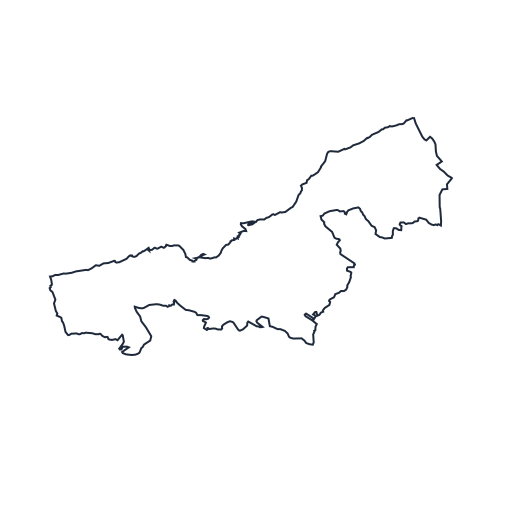 Toliary-II, Atsimo-Andrefana, Madagascar (Natural Earth projection), rotated 77°
{"feature_id": "10022922B75767771564463", "entity_name": "Toliary-II", "entity_type": "district", "adm_level": 2, "iso_a3": "MDG", "parent_name": "Madagascar", "parent_adm1": "Atsimo-Andrefana", "projection": "natural_earth1", "projection_center": [43.811, -23.281], "detail": "fine", "context": "isolated", "style": "outline", "palette": "slate", "viewbox_px": 512, "rotation_deg": 77, "n_neighbors": 0, "source": "geoboundaries", "source_scale": "gbopen_adm2", "svg_char_len": 6100}
<svg xmlns="http://www.w3.org/2000/svg" viewBox="0 0 512 512"><g transform="rotate(77 256 256)"><path d="M236.9,278.0L238.6,280.3L238.5,282.7L241.0,286.6L242.8,288.3L245.1,289.7L247.2,292.3L248.4,295.3L248.0,296.9L248.3,300.0L248.1,301.6L247.2,302.8L246.6,306.3L244.6,311.1L244.2,311.4L244.0,309.1L243.2,308.4L242.9,305.9L242.1,306.9L242.5,309.0L244.6,312.1L244.5,315.7L245.4,314.3L246.4,315.0L247.0,317.4L247.5,317.4L247.1,319.2L246.0,319.4L245.0,321.3L241.9,323.3L241.3,324.5L238.1,324.4L233.8,325.4L228.8,328.5L228.1,329.7L227.2,333.6L227.4,335.6L226.9,337.6L224.4,341.5L224.8,341.1L226.2,341.6L227.3,343.9L225.6,346.3L226.7,350.2L226.2,351.6L225.3,352.4L225.2,353.2L226.6,356.0L226.1,359.0L226.8,359.0L225.8,359.7L225.5,358.5L223.9,358.8L225.6,362.8L226.2,364.7L225.9,365.4L227.1,367.7L227.3,369.5L229.2,372.5L229.5,374.3L229.1,375.7L228.1,377.2L227.6,376.9L227.1,378.3L227.8,380.1L229.6,382.7L231.3,390.6L231.0,393.5L230.1,394.5L229.0,394.6L228.8,395.2L229.6,401.5L228.9,406.3L230.3,410.9L229.0,414.1L231.1,419.1L232.0,422.9L231.3,424.6L230.5,435.0L230.9,439.4L230.4,445.5L229.8,447.2L230.0,453.2L229.3,455.9L230.0,459.0L229.7,461.3L233.2,460.9L237.6,461.2L238.3,461.6L238.7,463.0L240.2,463.0L240.9,464.3L243.2,464.1L245.4,462.4L253.4,461.3L256.8,463.5L264.6,463.4L267.3,462.5L269.2,463.6L271.6,460.3L272.6,459.6L275.9,459.7L277.3,459.0L280.8,458.6L287.1,458.7L290.8,456.9L291.0,456.0L290.2,453.3L291.1,448.2L292.5,446.1L292.5,444.5L291.9,443.0L292.6,441.0L292.4,439.2L294.4,433.0L296.1,430.1L296.8,426.8L296.6,425.7L297.0,425.0L299.4,423.6L301.2,421.4L301.3,419.2L301.8,418.7L303.8,418.5L304.4,417.7L305.4,415.1L305.4,411.6L306.9,409.9L302.6,404.2L303.3,403.7L309.7,404.0L311.4,405.3L315.5,410.1L316.5,409.7L316.7,408.2L314.4,406.2L315.3,402.1L316.4,400.5L319.4,408.1L320.7,407.6L322.6,404.8L324.5,399.4L325.0,395.8L324.7,393.2L323.9,391.2L320.0,388.5L319.3,387.0L317.1,385.0L314.6,378.1L310.6,376.1L300.7,379.3L293.8,382.4L288.9,382.5L283.6,384.8L279.2,385.7L278.1,385.5L280.3,381.8L281.4,378.7L281.4,377.1L279.7,371.0L280.6,363.6L281.7,360.7L283.6,357.6L284.2,354.9L285.6,353.6L285.2,351.6L284.6,351.5L285.3,350.1L284.4,348.4L284.8,346.9L282.1,345.9L282.1,346.5L281.7,346.5L280.9,345.5L279.9,345.9L281.4,344.4L284.3,343.1L287.0,341.2L292.7,336.6L293.8,333.5L296.6,328.4L297.9,327.1L300.4,326.4L301.3,322.7L303.5,316.9L304.2,316.0L305.4,315.6L306.3,316.7L306.5,318.4L305.7,321.1L306.6,322.3L307.5,322.3L308.4,320.9L309.7,319.8L312.9,322.3L314.5,323.0L317.0,320.5L316.8,319.9L315.3,319.5L315.4,319.0L316.6,318.0L317.0,313.9L317.7,311.7L318.9,309.9L319.8,306.5L319.0,305.3L316.9,305.0L315.7,303.4L314.3,299.5L313.7,296.1L315.1,293.5L316.0,292.9L323.4,290.1L324.9,289.1L325.1,288.2L324.5,285.1L321.8,280.3L319.0,279.4L318.1,278.3L324.6,271.2L325.5,268.8L326.2,268.4L326.6,266.3L326.6,265.5L321.3,269.8L319.7,270.3L318.8,269.8L316.3,264.3L317.0,262.5L319.7,257.9L327.5,258.3L328.7,255.8L332.1,251.5L332.7,248.8L335.5,244.7L338.7,242.6L342.1,242.0L343.3,241.0L344.8,238.4L346.5,230.1L349.4,227.8L352.1,226.7L354.1,223.5L355.2,220.6L353.1,219.2L345.2,217.9L343.2,216.3L342.0,216.2L341.8,215.0L338.1,213.8L336.0,212.1L331.1,215.9L325.9,221.2L324.3,221.8L323.4,220.6L323.5,220.0L329.0,214.7L330.8,214.0L328.3,211.5L327.1,211.9L325.8,213.5L323.9,211.0L324.1,209.8L328.0,209.6L327.6,207.5L325.8,205.5L325.4,203.1L324.6,203.3L323.6,202.6L322.1,200.7L320.2,195.5L317.5,194.1L316.2,194.9L315.6,194.6L314.8,193.4L313.8,189.3L311.0,187.3L310.5,183.4L309.2,181.0L310.0,178.2L309.0,175.7L306.9,174.0L305.4,173.8L302.2,170.9L298.0,168.3L296.7,168.3L293.9,166.9L292.9,167.3L290.7,170.6L288.7,170.2L287.6,169.1L288.9,163.3L287.0,162.6L287.0,161.9L286.6,161.5L285.2,161.9L273.1,173.3L271.3,173.2L270.1,172.3L267.7,172.2L263.2,174.8L261.0,173.0L259.5,170.8L258.8,170.9L258.2,171.3L257.3,173.7L255.9,175.4L249.7,176.4L242.7,181.7L240.0,182.4L238.5,181.9L235.3,184.0L231.7,184.1L231.7,181.9L230.0,179.8L228.9,174.1L229.3,167.0L229.8,165.8L231.4,164.3L232.0,160.5L233.5,159.6L234.8,159.9L235.7,158.7L233.4,157.2L232.3,155.7L231.5,150.6L231.7,145.3L233.5,144.0L235.8,143.8L237.4,142.7L239.9,142.3L241.4,141.3L244.8,140.6L247.3,138.7L252.5,136.6L254.6,133.9L258.1,133.2L261.4,134.6L265.4,131.1L266.1,129.2L267.9,126.6L268.9,119.6L267.1,118.9L266.2,117.9L262.6,117.1L259.9,115.5L260.5,113.2L262.7,111.1L263.5,108.7L259.5,107.5L258.7,108.5L257.4,108.9L255.9,107.7L256.5,104.5L258.6,102.7L258.4,100.4L259.2,96.7L258.9,95.1L258.1,94.0L258.4,90.7L257.9,90.0L255.9,89.3L255.4,88.2L258.9,82.0L262.7,80.2L264.9,77.8L265.9,75.9L265.7,73.8L266.7,72.3L266.1,71.6L266.1,71.0L267.9,69.0L263.8,67.8L251.6,65.9L249.6,66.0L237.8,63.4L233.0,59.4L233.7,54.5L229.1,53.8L224.4,47.7L223.9,47.7L220.7,51.2L216.2,53.9L212.6,57.1L207.9,59.5L205.7,53.7L199.1,57.2L194.7,57.2L187.5,56.0L184.5,56.6L181.2,57.9L179.0,59.6L181.7,64.0L180.3,65.6L177.2,67.1L171.4,68.5L163.0,70.5L157.2,71.0L156.8,72.6L157.9,78.2L157.6,78.9L160.0,82.0L160.4,83.5L159.8,87.3L160.3,89.2L160.4,94.0L160.0,95.8L159.5,96.3L160.2,98.5L160.0,101.7L161.1,103.5L160.9,104.9L162.7,108.7L164.0,115.8L165.6,118.3L166.3,120.7L165.9,121.1L168.2,125.3L169.5,130.3L170.0,136.3L171.4,139.5L172.1,144.7L172.0,145.5L171.5,145.8L172.9,152.4L170.6,159.9L170.8,162.1L172.3,163.7L179.2,167.3L183.5,172.6L184.2,172.7L188.3,176.8L190.1,181.5L190.5,182.9L190.2,184.0L192.9,187.2L193.7,189.2L196.1,190.3L196.6,194.5L197.6,196.4L200.1,195.9L202.4,196.6L203.3,197.7L205.0,198.8L206.0,200.7L212.0,204.5L216.5,209.3L216.9,211.2L219.7,217.5L219.4,221.4L218.7,222.6L220.2,228.0L220.1,228.7L219.2,229.6L219.3,230.9L221.0,234.5L221.2,237.4L222.3,239.7L221.3,243.7L221.3,246.1L221.9,247.5L222.8,248.2L223.0,250.9L223.5,250.6L224.3,252.4L224.3,256.3L223.5,257.3L223.7,256.2L223.4,255.5L222.8,255.6L223.2,255.1L222.4,252.8L222.2,249.5L221.3,252.4L221.3,260.8L220.6,263.3L221.9,263.7L224.0,262.9L227.4,260.2L229.5,260.0L228.8,262.3L229.5,267.0L230.5,266.1L231.1,267.1L231.5,266.9L231.7,267.6L232.6,267.8L232.6,269.1L233.6,268.8L233.6,269.7L234.7,269.8L234.1,270.5L234.8,271.6L234.0,273.4L235.5,273.5L235.3,276.1L236.0,276.9L235.9,277.5L236.9,278.0Z" fill="none" stroke="#1e293b" stroke-width="2"/></g></svg>